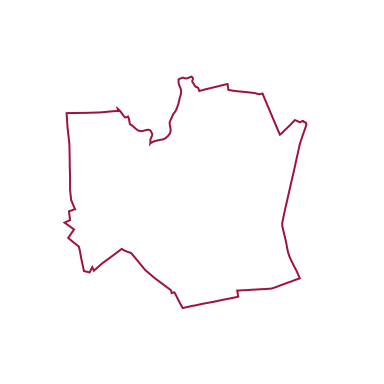 Moc Hoa, Long An, Vietnam (orthographic projection), rotated 67°
{"feature_id": "81297802B7527818717712", "entity_name": "Moc Hoa", "entity_type": "district", "adm_level": 2, "iso_a3": "VNM", "parent_name": "Vietnam", "parent_adm1": "Long An", "projection": "orthographic", "projection_center": [105.993, 10.757], "detail": "fine", "context": "isolated", "style": "outline", "palette": "rose", "viewbox_px": 384, "rotation_deg": 67, "n_neighbors": 0, "source": "geoboundaries", "source_scale": "gbopen_adm2", "svg_char_len": 4248}
<svg xmlns="http://www.w3.org/2000/svg" viewBox="0 0 384 384"><g transform="rotate(67 192 192)"><path d="M86.3,227.9L88.6,228.3L87.0,232.5L83.1,244.8L78.5,256.7L70.4,276.6L83.5,281.2L99.9,286.1L103.8,287.7L109.4,289.9L111.9,290.9L115.7,292.5L120.1,294.3L130.8,298.5L137.7,301.4L142.4,303.4L151.9,306.3L152.0,306.4L162.2,306.4L162.1,306.7L162.0,307.2L161.9,308.1L161.9,309.6L161.8,311.7L161.7,312.8L170.2,315.2L170.3,317.6L170.4,321.3L180.4,315.2L185.9,323.9L186.2,323.8L192.3,320.6L197.9,317.5L202.0,318.1L209.3,319.8L218.7,321.6L222.5,322.4L226.0,317.7L222.2,313.2L226.1,313.0L222.4,301.9L220.6,293.8L219.3,288.5L216.9,278.9L218.3,278.0L220.2,276.4L223.0,273.5L224.3,271.9L230.8,269.9L232.5,269.4L234.1,268.9L241.8,266.7L245.2,265.7L256.3,260.2L274.1,249.8L276.4,250.0L277.0,250.2L277.4,247.5L278.3,247.3L289.7,246.5L294.8,246.0L295.2,245.9L295.4,244.8L296.8,236.9L297.7,233.2L299.0,226.2L300.5,219.4L301.4,215.6L302.0,212.4L303.3,205.6L304.8,198.7L306.1,192.3L306.4,190.3L304.5,189.9L300.3,188.8L301.4,186.2L302.3,183.6L303.8,179.8L305.5,174.6L306.6,171.7L308.9,165.2L309.5,163.8L310.7,160.1L310.8,159.9L311.8,157.1L312.0,155.8L312.4,151.2L312.4,148.4L312.8,141.7L312.8,140.2L313.2,134.8L313.2,132.4L313.4,129.8L313.6,126.5L305.1,126.6L300.6,127.0L292.3,127.5L289.3,127.5L286.9,127.3L284.7,127.1L282.8,126.7L279.7,126.1L277.3,125.5L274.7,125.0L272.1,124.5L262.0,122.8L259.3,122.3L258.0,122.0L257.1,121.6L255.7,121.0L253.3,119.3L249.6,116.8L243.4,112.4L238.3,108.7L234.8,106.2L219.7,95.3L214.5,91.5L210.1,88.3L203.4,83.6L196.9,78.9L189.7,73.8L184.6,69.3L180.3,65.4L175.8,61.3L174.9,60.4L174.6,60.5L174.4,60.5L174.1,60.4L173.4,60.1L172.9,60.1L172.6,60.1L172.4,60.2L172.2,60.3L172.1,60.5L172.0,60.9L171.9,61.1L171.8,61.3L171.6,61.5L171.3,61.6L171.0,61.7L170.7,61.7L170.3,61.7L170.1,61.9L169.9,62.1L169.9,62.3L169.8,62.7L169.9,63.7L170.0,64.4L170.0,64.8L169.9,65.2L169.8,65.5L169.5,65.9L168.8,66.5L167.7,67.5L167.1,68.1L166.3,68.9L166.0,69.3L167.3,72.3L168.4,74.8L170.2,79.4L171.6,83.2L172.7,85.9L173.4,87.9L173.6,88.7L168.5,88.7L160.3,88.7L152.2,88.7L136.7,88.7L129.3,88.6L128.9,88.6L128.8,89.4L128.7,90.1L128.5,91.0L128.2,92.1L127.5,93.1L126.3,94.5L125.4,95.7L122.3,101.1L120.3,104.7L117.1,110.7L114.5,115.1L112.2,118.6L106.5,117.1L106.3,118.0L105.5,122.6L104.8,127.3L104.2,130.9L104.0,132.0L103.2,136.8L102.6,140.1L102.5,141.4L101.9,145.8L101.4,145.7L100.6,145.7L99.9,145.7L99.1,145.7L98.4,145.8L98.0,146.0L97.8,146.2L97.4,146.5L97.0,147.1L96.5,147.5L95.8,147.8L94.8,147.9L93.4,148.1L92.6,148.2L91.7,148.5L91.1,148.6L90.5,148.6L90.1,148.5L89.7,148.2L89.4,147.9L88.8,147.4L88.3,147.0L87.9,146.9L87.5,146.8L87.1,146.8L86.5,146.9L85.6,147.4L85.6,148.4L85.5,149.3L85.5,151.2L85.3,152.6L85.1,153.4L84.7,154.0L84.0,154.6L83.6,155.1L83.3,155.5L83.1,156.1L83.0,156.9L83.0,158.0L83.0,158.4L82.9,159.4L82.9,159.8L83.1,160.2L83.3,160.6L84.2,160.9L85.0,161.2L86.0,161.6L87.2,161.8L88.4,162.0L89.4,162.1L90.3,162.0L91.6,162.0L92.8,162.1L94.0,162.3L95.0,162.6L96.2,163.2L97.5,164.0L98.7,164.9L99.8,165.9L100.8,166.7L102.0,167.5L103.5,168.6L105.8,170.3L107.5,171.9L109.1,173.4L110.3,174.6L111.1,175.7L111.7,176.5L112.0,177.0L112.4,177.9L112.8,178.5L113.6,179.5L114.4,180.5L116.3,182.4L116.9,183.1L117.7,183.9L118.8,185.0L119.5,185.5L120.5,185.9L121.7,186.2L123.3,186.6L125.1,187.0L126.9,187.6L127.6,188.0L128.4,188.6L129.1,189.1L129.7,189.9L130.3,190.9L130.9,191.8L131.3,193.0L131.7,194.0L132.0,195.0L132.2,195.8L132.2,197.4L132.1,198.6L131.8,200.0L131.2,202.8L130.9,204.7L130.6,206.1L130.6,207.0L130.6,208.0L130.6,208.9L130.6,209.7L130.7,210.2L130.8,210.8L130.9,211.2L131.0,211.4L130.5,211.1L130.0,210.9L129.5,210.6L129.0,210.4L128.3,210.2L127.8,210.0L127.5,209.8L126.0,208.3L124.5,206.7L123.8,206.2L123.0,206.0L121.4,206.0L120.3,206.0L119.7,206.2L118.7,206.6L118.0,207.3L117.5,208.1L117.1,209.8L117.0,210.0L116.9,210.9L116.7,212.5L116.5,214.0L116.2,215.0L115.3,216.3L114.8,217.1L114.2,217.6L113.5,218.1L111.5,219.2L108.3,220.7L106.8,221.5L106.2,221.9L105.8,222.4L105.6,222.5L105.4,222.6L105.1,222.6L104.6,222.5L103.5,222.3L102.3,222.0L100.7,221.6L99.2,221.4L97.5,221.4L97.5,222.0L97.5,223.3L97.4,224.1L97.3,224.4L97.0,224.6L96.2,224.9L94.7,225.3L92.4,225.8L90.6,226.2L89.3,226.6L87.1,227.5L86.3,227.9Z" fill="none" stroke="#9f1239" stroke-width="2"/></g></svg>